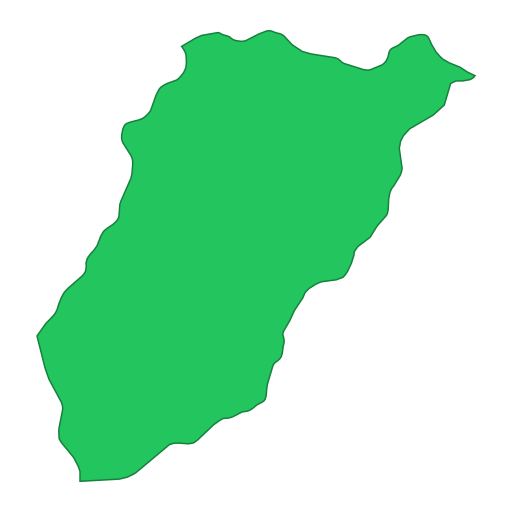 the Department of Lavalleja
{"feature_id": "URY-19", "entity_name": "Lavalleja", "entity_type": "Department", "adm_level": 1, "iso_a3": "URY", "parent_name": "Uruguay", "parent_adm1": "", "projection": "robinson", "projection_center": [-54.924, -33.979], "detail": "fine", "context": "isolated", "style": "filled", "palette": "green", "viewbox_px": 512, "rotation_deg": 0, "n_neighbors": 0, "source": "natural_earth", "source_scale": "10m", "svg_char_len": 2921}
<svg xmlns="http://www.w3.org/2000/svg" viewBox="0 0 512 512"><path d="M37.0,336.0L45.5,323.9L53.7,315.3L55.7,312.4L57.0,309.8L59.0,303.4L61.4,297.5L63.0,294.5L64.4,292.2L67.9,288.4L82.0,276.1L83.9,273.9L85.2,271.8L85.8,269.9L86.1,267.8L86.2,265.9L86.1,263.3L86.0,263.2L87.1,258.8L88.6,256.4L90.6,253.8L94.0,250.1L97.1,245.7L100.7,236.3L103.2,231.9L104.3,230.6L107.0,228.4L112.8,224.5L116.4,221.2L118.1,218.7L119.0,216.2L119.8,204.6L120.9,201.1L130.9,178.3L131.9,174.1L132.7,164.8L132.7,162.7L132.6,160.6L132.2,158.7L131.6,156.9L130.8,155.3L123.4,143.6L122.6,142.1L122.0,140.4L121.6,137.9L121.7,134.7L122.8,129.2L123.9,126.5L125.2,124.5L126.6,123.5L130.0,122.2L139.3,119.8L142.6,118.4L144.4,117.2L146.4,115.5L149.2,112.5L150.7,110.3L155.9,95.6L157.9,91.5L159.3,89.0L160.0,88.2L160.3,87.8L161.1,87.1L163.6,85.3L166.6,83.7L176.7,80.0L178.3,78.8L180.1,77.0L183.6,72.6L185.1,69.6L186.0,66.8L186.4,62.3L186.1,55.8L185.7,53.9L185.1,52.1L183.5,49.1L181.6,46.4L196.0,37.9L201.7,35.4L217.0,32.7L218.6,32.6L219.4,32.9L222.2,34.5L228.0,36.2L229.7,37.0L231.0,38.2L232.9,39.5L235.5,40.5L240.6,41.3L243.5,41.2L245.8,40.6L259.0,33.9L266.5,31.0L269.4,30.7L271.6,31.1L276.1,32.8L279.9,33.7L282.2,34.7L283.9,35.9L292.0,44.6L302.1,51.4L310.9,53.9L334.8,57.7L336.7,58.3L338.4,59.1L342.3,62.5L343.8,63.4L363.8,69.7L367.3,70.1L369.9,69.9L381.6,65.1L383.0,64.2L384.4,63.0L385.5,61.7L386.5,60.3L388.0,56.9L388.9,52.9L389.5,51.1L390.5,49.6L391.8,48.5L393.4,47.6L396.8,46.1L398.3,45.3L407.8,37.8L410.1,36.8L418.7,34.7L422.1,34.6L424.8,34.9L426.4,35.6L427.8,36.7L428.7,38.1L431.7,44.6L436.1,52.1L440.6,57.1L443.1,59.3L449.4,62.9L460.0,67.2L467.7,72.2L475.0,75.7L473.6,77.4L471.9,78.7L469.8,79.7L462.8,80.9L455.9,81.0L450.7,83.4L444.3,105.0L433.3,115.0L409.7,128.8L403.4,135.7L400.6,141.2L399.3,148.4L402.1,168.4L401.6,171.4L400.3,175.2L393.8,185.8L391.9,188.2L390.8,190.4L389.7,193.3L388.7,198.9L388.2,209.4L387.4,213.5L386.2,215.7L377.2,225.9L370.1,237.3L357.9,246.5L354.5,251.3L354.1,253.4L353.8,255.6L351.3,263.5L347.5,271.5L345.2,274.9L343.1,277.2L336.3,279.8L321.9,281.7L319.0,282.7L315.5,284.4L309.2,288.4L306.5,291.0L304.7,293.2L304.0,295.1L302.8,297.9L294.3,310.7L289.9,320.4L283.6,331.2L282.8,334.0L282.9,335.1L283.7,337.6L283.9,338.8L284.1,340.3L284.1,342.1L283.8,344.1L283.2,346.0L282.3,353.2L281.3,356.6L279.8,358.8L277.9,360.6L275.2,362.5L273.6,364.3L272.7,366.5L267.5,383.9L266.8,388.1L266.2,395.6L265.2,399.1L263.9,401.0L262.2,402.1L257.0,404.8L252.6,408.5L249.8,410.2L247.4,411.1L242.0,412.0L232.9,416.7L229.4,417.9L223.1,418.5L219.1,420.8L213.7,424.7L197.7,439.9L194.0,442.6L192.3,443.2L188.2,443.8L179.1,443.1L174.8,443.2L172.9,443.5L169.3,444.7L136.1,472.5L134.0,473.9L127.1,477.2L119.4,479.1L80.0,481.3L80.0,471.5L78.3,466.4L73.5,457.3L61.4,442.6L59.8,439.9L59.1,438.5L58.8,430.8L59.1,427.7L62.5,410.3L62.7,408.1L62.3,405.1L61.2,401.9L49.0,379.3L45.0,367.8L37.0,336.0Z" fill="#22c55e" stroke="#15803d" stroke-width="1.5"/></svg>